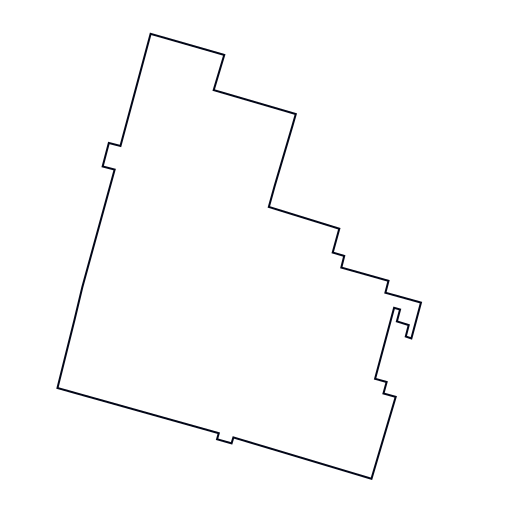 Clay, Alabama, United States of America (Albers equal-area conic projection), rotated 105°
{"feature_id": "52423323B11039676247957", "entity_name": "Clay", "entity_type": "district", "adm_level": 2, "iso_a3": "USA", "parent_name": "United States of America", "parent_adm1": "Alabama", "projection": "albers", "projection_center": [-85.88, 33.295], "detail": "fine", "context": "isolated", "style": "outline", "palette": "ink", "viewbox_px": 512, "rotation_deg": 105, "n_neighbors": 0, "source": "geoboundaries", "source_scale": "gbopen_adm2", "svg_char_len": 599}
<svg xmlns="http://www.w3.org/2000/svg" viewBox="0 0 512 512"><g transform="rotate(105 256 256)"><path d="M441.3,86.8L355.9,84.6L355.8,97.3L343.9,97.2L343.8,109.2L270.3,109.2L270.4,103.0L282.7,103.0L283.2,90.6L295.0,90.5L295.4,84.6L258.3,84.6L258.0,121.5L245.7,121.6L245.1,170.6L233.1,170.8L232.8,182.8L208.1,182.6L205.3,256.3L183.4,256.1L120.8,254.5L108.6,254.3L106.7,339.8L70.0,338.7L68.7,415.3L184.8,415.4L184.9,427.4L209.2,427.3L209.1,414.9L330.8,415.7L364.6,414.8L434.9,413.6L436.8,246.1L443.1,246.2L443.3,231.1L437.1,230.9L441.3,86.8Z" fill="none" stroke="#020617" stroke-width="2"/></g></svg>